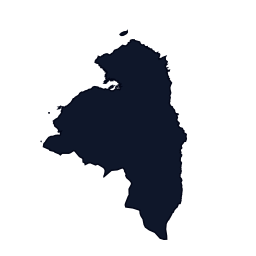 Kaldrananeshreppur, Vestfirðir, Iceland (orthographic projection), rotated 203°
{"feature_id": "244011B77106600698129", "entity_name": "Kaldrananeshreppur", "entity_type": "district", "adm_level": 2, "iso_a3": "ISL", "parent_name": "Iceland", "parent_adm1": "Vestfirðir", "projection": "orthographic", "projection_center": [-21.462, 65.822], "detail": "fine", "context": "isolated", "style": "filled", "palette": "ink", "viewbox_px": 256, "rotation_deg": 203, "n_neighbors": 0, "source": "geoboundaries", "source_scale": "gbopen_adm2", "svg_char_len": 5958}
<svg xmlns="http://www.w3.org/2000/svg" viewBox="0 0 256 256"><g transform="rotate(203 128 128)"><path d="M49.0,40.8L50.4,43.8L53.9,49.5L55.6,54.8L55.4,58.4L54.7,59.7L55.0,60.6L54.6,61.4L54.2,65.5L54.3,67.0L53.5,68.2L53.6,70.4L52.7,73.2L52.0,74.4L52.0,76.5L52.4,77.2L51.5,78.4L50.6,78.9L51.0,82.1L51.7,83.3L51.6,84.1L52.4,85.3L52.3,86.1L52.7,86.8L52.6,87.5L53.1,88.6L54.0,91.9L54.8,93.5L55.7,94.4L56.0,95.9L58.0,98.4L58.1,99.2L58.0,100.7L59.0,101.9L61.1,103.1L62.2,106.1L61.8,107.0L62.3,108.5L62.2,109.1L63.5,110.7L63.6,111.6L64.4,112.3L64.4,113.6L64.7,113.8L65.2,116.7L67.3,118.2L68.3,121.5L67.9,122.9L68.1,124.2L69.4,124.7L70.0,125.5L69.9,125.9L70.3,126.0L70.1,126.5L71.2,127.6L71.4,129.6L70.8,130.2L70.8,130.7L71.8,131.7L72.3,133.3L71.5,135.5L71.5,136.8L71.3,137.3L69.9,138.3L70.1,140.8L71.3,142.6L71.8,143.7L71.7,144.4L72.1,145.0L75.2,145.5L75.3,147.1L76.4,147.4L77.9,148.8L80.8,148.5L83.0,150.1L83.3,150.6L82.6,151.6L82.6,151.9L83.0,152.6L85.5,153.5L86.6,154.9L86.6,156.9L88.1,158.6L88.2,159.3L87.6,159.7L88.2,160.3L89.8,159.8L91.2,160.9L92.3,162.6L94.8,163.7L95.4,164.7L97.5,164.8L99.5,166.7L99.9,167.6L100.0,169.0L100.5,169.6L101.1,172.5L102.4,174.2L102.3,176.1L102.5,177.1L104.4,179.7L105.4,181.5L105.7,183.7L105.6,186.5L109.5,188.8L109.2,190.2L109.7,189.4L110.2,189.3L110.7,189.9L110.9,191.2L112.0,191.7L113.2,193.6L114.2,193.9L113.7,195.0L114.3,195.7L113.8,196.4L114.1,196.8L114.6,196.4L116.1,197.4L115.7,198.3L116.4,197.8L117.4,198.7L117.8,200.2L117.3,201.4L118.2,200.9L117.8,203.3L117.9,204.4L120.1,204.9L120.8,206.4L121.4,206.7L121.3,208.6L123.9,206.1L124.2,205.0L125.2,203.9L125.5,204.1L125.2,205.0L126.2,203.5L127.2,204.4L127.3,206.8L127.7,208.2L128.4,208.5L129.3,208.0L129.9,208.2L130.2,209.0L130.9,208.1L133.2,207.8L134.1,208.8L135.9,208.7L137.1,209.8L139.7,208.9L140.2,209.2L139.8,209.7L140.2,209.8L142.3,209.1L142.6,209.9L141.9,210.0L142.1,210.4L143.2,209.7L144.4,209.6L146.0,210.7L147.8,209.7L149.4,210.2L151.0,211.7L156.1,211.0L156.7,211.1L156.8,211.5L158.6,210.8L159.8,209.7L159.8,209.1L159.3,208.6L159.3,208.0L160.9,206.6L160.6,206.0L161.5,203.2L162.7,202.3L165.3,201.9L167.8,196.9L170.7,194.2L171.2,191.0L172.1,190.1L172.2,189.2L172.7,189.0L172.9,188.2L174.9,187.8L175.6,188.2L177.1,187.6L179.1,185.7L179.0,184.7L180.0,184.3L180.3,183.4L181.1,182.4L183.2,182.3L183.0,181.8L183.2,181.4L183.2,179.7L184.0,178.5L183.9,177.5L184.2,177.1L183.9,176.4L184.0,175.8L182.6,175.5L180.4,175.9L179.1,175.1L179.1,174.6L178.8,174.3L177.0,174.4L176.3,173.8L176.7,173.3L176.5,173.1L174.8,173.6L173.6,172.5L172.5,172.9L172.0,172.3L172.2,171.7L170.9,171.5L170.7,171.0L170.1,171.7L169.0,171.1L169.3,169.9L168.9,169.7L169.5,168.3L169.1,168.1L169.2,167.5L168.8,167.6L168.9,166.7L168.3,167.0L168.3,166.3L167.6,165.9L167.7,165.0L166.5,164.0L166.5,163.3L167.5,162.8L167.9,161.2L166.9,161.2L167.0,162.1L166.3,162.6L165.4,165.2L164.9,166.0L164.7,165.5L162.8,165.7L162.7,165.6L163.1,165.4L162.4,165.3L162.0,165.6L162.6,165.8L162.4,166.2L162.5,166.5L160.3,167.3L159.3,167.5L158.6,167.3L158.6,166.9L156.8,166.8L155.8,167.5L155.1,166.1L153.6,166.3L153.2,165.3L153.4,164.9L151.8,165.5L151.9,163.3L151.7,162.8L151.9,162.5L150.7,163.1L151.2,162.2L150.8,161.3L150.3,161.0L150.4,160.3L150.9,159.8L152.2,160.1L152.8,159.3L154.2,159.5L154.6,159.1L155.9,156.5L158.1,155.5L161.0,156.1L162.4,155.2L164.3,155.1L164.6,154.3L166.0,153.9L169.0,153.9L170.2,153.1L170.8,153.7L171.3,153.2L171.8,153.8L174.9,153.0L175.9,152.2L176.1,151.3L176.5,151.3L176.5,150.4L177.3,149.3L179.3,148.0L179.9,146.8L182.0,145.2L182.2,144.4L183.2,143.7L183.4,143.2L184.8,142.8L185.9,141.0L185.9,140.2L186.3,138.6L188.5,135.6L188.9,134.1L189.7,133.6L189.9,132.9L189.5,132.6L189.8,132.2L190.4,129.0L192.6,124.5L193.7,123.6L193.9,122.6L196.6,121.8L196.5,121.2L196.1,121.0L196.5,120.4L195.8,119.4L195.9,118.9L195.6,118.6L195.9,117.8L195.5,117.6L195.7,117.3L195.1,117.0L195.1,115.2L195.6,113.6L195.5,113.1L196.1,112.0L196.0,111.2L196.4,109.6L197.9,107.8L199.3,105.3L198.6,105.1L198.4,103.4L197.2,102.7L196.1,101.2L192.5,100.2L191.3,99.3L190.4,98.0L191.0,96.8L188.3,98.7L188.4,98.2L188.8,97.9L187.9,96.7L187.7,95.7L187.7,94.9L188.2,94.1L189.4,94.1L191.8,92.8L193.8,90.9L195.6,90.1L197.2,88.3L198.2,84.8L198.5,82.4L199.0,81.5L199.2,80.6L198.5,77.8L191.9,77.7L191.2,77.0L186.6,77.8L185.9,77.3L181.1,77.4L179.8,76.9L178.9,79.0L172.6,81.7L171.3,83.0L169.5,85.8L168.1,86.2L161.5,82.8L157.6,82.4L156.0,79.2L154.1,79.1L153.1,77.7L150.8,80.4L149.0,81.4L143.5,81.4L142.1,82.8L141.2,83.0L134.8,82.1L132.9,80.8L132.2,79.7L131.7,78.1L131.3,75.9L131.3,74.2L131.1,73.9L126.8,82.6L121.6,85.4L118.0,88.9L116.8,89.3L114.8,88.2L114.2,87.0L112.2,85.5L111.5,84.6L111.4,83.3L109.7,81.8L105.7,80.5L103.7,79.3L102.9,78.3L102.7,77.0L103.1,72.2L100.6,66.8L100.9,65.2L100.7,57.7L100.4,56.1L99.2,54.5L92.2,56.4L85.5,57.0L84.6,56.5L83.3,54.1L81.7,52.3L78.5,50.1L75.4,45.5L73.2,43.6L68.5,42.6L62.4,42.5L55.4,39.2L51.5,39.6L49.0,40.8ZM171.2,210.7L169.9,210.8L168.5,211.7L166.6,214.1L166.1,215.6L166.2,216.2L166.6,216.8L166.7,216.3L169.2,214.9L171.2,212.6L171.5,211.4L171.8,211.1L171.2,210.7ZM153.7,162.8L155.0,161.9L155.0,160.9L154.3,161.5L153.7,162.8ZM166.3,161.1L166.9,160.2L166.1,160.5L165.1,161.8L166.3,161.1ZM165.2,164.1L165.5,162.9L165.9,162.3L165.3,162.5L164.5,163.9L165.2,164.1ZM198.1,120.4L199.2,119.5L199.5,118.7L198.6,119.3L198.1,120.4ZM158.6,160.4L159.1,159.5L158.4,159.8L157.9,160.8L158.6,160.4ZM198.4,121.7L199.2,120.6L199.5,120.4L198.9,120.4L198.1,121.5L198.4,121.7ZM157.5,159.9L158.2,159.6L158.3,159.1L157.5,159.9ZM160.6,165.9L162.9,164.5L160.5,165.8L160.6,165.9ZM159.6,160.1L160.3,159.3L160.2,159.2L159.7,159.4L159.6,160.1ZM160.1,157.7L160.7,157.8L161.0,157.4L160.6,157.1L160.1,157.7ZM206.7,111.7L206.7,111.1L207.0,110.5L206.4,111.1L206.7,111.7ZM112.5,197.1L113.0,196.5L113.0,196.3L112.4,196.6L112.5,197.1ZM202.4,81.9L202.7,81.8L203.0,81.3L202.4,81.9ZM161.2,166.0L160.7,166.2L160.6,166.5L160.8,166.5L161.2,166.0ZM86.7,160.0L87.1,160.3L87.2,160.2L86.7,160.0Z" fill="#0f172a" stroke="#020617" stroke-width="1.5"/></g></svg>